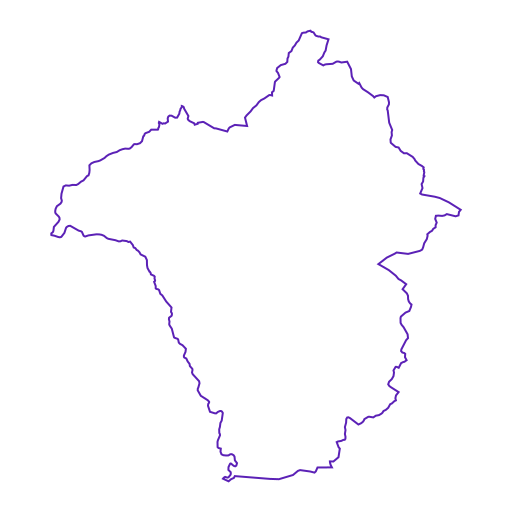 outline of Dak Song, Đắk Nông, Vietnam
{"feature_id": "81297802B66581332316021", "entity_name": "Dak Song", "entity_type": "district", "adm_level": 2, "iso_a3": "VNM", "parent_name": "Vietnam", "parent_adm1": "Đắk Nông", "projection": "orthographic", "projection_center": [107.617, 12.233], "detail": "fine", "context": "isolated", "style": "outline", "palette": "violet", "viewbox_px": 512, "rotation_deg": 0, "n_neighbors": 0, "source": "geoboundaries", "source_scale": "gbopen_adm2", "svg_char_len": 6002}
<svg xmlns="http://www.w3.org/2000/svg" viewBox="0 0 512 512"><path d="M458.5,215.4L459.0,211.9L460.7,209.8L448.8,202.3L439.7,198.0L434.7,196.7L422.0,194.5L420.2,193.5L422.5,188.1L421.6,184.1L423.1,181.5L423.4,177.8L424.4,176.2L423.6,175.8L424.3,172.2L423.9,171.3L424.0,169.8L423.3,168.9L423.7,167.4L421.8,165.9L418.4,164.0L415.2,160.5L414.6,159.2L412.7,156.9L406.8,153.2L404.0,153.3L400.7,150.9L398.6,147.5L395.6,146.9L390.9,142.9L390.7,142.4L390.5,139.4L391.9,135.5L391.6,132.1L392.2,130.0L389.2,122.7L387.7,110.4L387.2,109.5L387.3,107.5L388.9,104.4L389.0,102.3L387.7,97.0L383.8,95.3L380.2,95.1L376.0,96.2L374.3,97.5L373.1,96.1L368.0,92.3L363.0,89.1L361.6,87.6L359.2,83.0L358.5,83.8L353.7,80.5L351.8,76.4L351.0,69.1L347.2,61.7L341.4,62.5L338.8,61.6L337.1,61.5L336.1,61.8L332.7,63.8L326.0,64.3L324.5,64.7L323.3,65.4L318.7,62.9L318.0,62.1L318.3,60.6L319.8,59.6L322.8,56.3L324.4,52.4L325.6,50.6L326.6,45.3L328.5,39.3L321.3,37.3L320.1,36.5L318.3,36.5L316.1,35.8L315.4,35.3L313.6,32.5L312.5,32.0L311.4,31.9L310.5,30.7L307.5,31.4L305.9,32.5L303.3,32.7L301.9,33.2L298.7,40.5L296.5,42.6L294.8,45.5L292.8,47.6L291.4,51.1L288.8,53.0L288.4,56.7L287.5,58.5L287.3,61.9L285.4,63.8L280.8,65.1L277.2,68.0L276.5,70.3L276.5,71.1L278.0,72.9L279.6,77.0L279.0,77.9L275.1,81.6L274.9,82.2L273.8,90.2L273.6,91.0L272.0,92.3L272.1,95.5L270.1,95.0L269.2,95.1L264.3,98.5L261.1,100.1L258.8,102.1L256.4,105.4L253.0,108.1L250.6,111.4L246.6,115.4L245.0,117.6L247.1,126.0L234.8,124.9L229.7,127.4L228.8,128.4L227.3,131.5L216.0,128.4L214.2,128.3L203.8,122.1L202.9,121.9L197.8,122.8L197.7,123.8L194.7,124.7L194.2,123.3L189.6,121.1L188.0,119.6L187.7,118.7L188.4,116.0L184.2,108.8L183.7,107.1L182.7,106.3L181.8,106.0L181.8,107.1L180.5,108.9L180.2,110.4L179.6,111.6L179.3,113.7L177.1,117.6L175.2,117.7L171.6,115.7L169.6,115.6L168.3,116.6L167.7,118.3L168.0,121.6L165.1,123.5L163.7,123.3L162.5,123.8L159.1,121.9L158.8,123.0L159.4,124.4L159.3,125.3L158.9,127.2L158.3,128.1L158.1,129.5L157.7,129.7L151.2,129.7L149.2,131.8L145.4,133.2L144.6,134.1L144.1,135.7L143.3,136.3L142.0,141.2L140.0,143.2L137.0,144.2L134.4,144.1L133.8,144.4L131.6,147.1L129.7,148.6L128.3,148.8L125.2,148.6L122.5,149.2L119.7,150.2L116.8,152.0L113.1,152.9L108.8,154.6L106.4,156.2L104.5,158.0L100.3,160.4L98.5,161.1L94.3,162.0L91.4,163.3L89.4,165.3L89.6,170.0L89.3,172.9L88.5,175.4L87.0,176.1L83.5,180.4L81.1,181.6L78.1,184.1L76.3,185.0L72.4,184.9L69.1,185.7L65.8,185.4L63.5,186.5L61.5,193.7L61.1,198.1L61.8,200.6L61.6,201.9L60.5,203.6L56.9,206.2L55.7,208.6L55.3,210.4L55.2,212.1L55.6,213.4L58.8,216.6L59.5,217.9L59.6,219.5L58.5,221.8L53.9,226.9L53.4,230.9L52.8,232.2L51.3,233.4L51.3,234.6L51.4,235.1L54.4,235.7L58.2,237.0L59.9,237.3L61.3,236.9L64.4,232.9L66.0,228.0L66.6,227.1L68.4,226.0L70.2,225.8L78.6,230.6L81.0,231.3L81.9,231.9L83.6,235.7L84.5,236.3L85.2,236.5L88.5,235.4L96.5,234.3L99.3,234.4L101.6,234.8L104.0,235.8L106.8,238.1L108.3,238.8L115.4,240.2L118.8,241.4L120.4,241.3L122.2,240.5L126.8,241.1L128.4,242.0L130.1,241.6L132.8,245.0L133.7,247.5L135.3,248.1L136.7,250.0L137.9,250.6L139.5,252.3L140.6,254.4L145.3,256.7L146.9,260.1L147.0,265.2L147.5,268.0L149.5,271.7L149.8,271.7L150.6,272.9L150.9,274.4L154.0,275.8L154.7,276.6L154.5,278.4L155.1,280.4L155.0,281.0L154.1,281.8L155.7,286.0L155.7,288.3L156.3,288.9L158.3,289.4L159.1,290.1L160.3,293.8L162.3,295.4L166.2,301.5L171.5,307.5L171.0,311.9L171.9,313.3L171.9,314.9L171.5,315.9L169.1,317.7L168.9,319.2L169.5,321.5L169.2,324.2L169.6,325.4L171.8,328.7L174.0,337.2L174.4,337.7L177.7,338.9L178.2,339.7L178.8,342.6L179.9,343.8L182.5,345.2L185.9,348.8L185.5,351.9L183.9,355.5L183.9,356.9L184.4,357.6L186.3,358.5L187.7,361.5L189.5,363.8L189.9,366.1L192.3,368.8L192.5,370.0L192.0,372.5L192.7,374.2L199.1,381.2L199.5,383.3L198.3,387.6L197.8,388.6L197.7,390.3L200.8,395.8L207.7,400.2L209.1,401.7L209.1,402.6L208.2,404.0L208.0,405.8L210.0,411.8L214.8,413.3L216.1,413.4L217.9,411.9L220.0,411.0L221.0,411.0L222.0,411.6L222.8,413.0L221.7,420.6L220.4,423.0L219.9,427.0L219.2,429.3L219.3,433.0L219.9,434.1L220.0,435.3L217.9,440.3L217.5,441.9L217.6,447.1L218.5,448.0L220.8,448.6L220.5,451.7L221.5,454.3L223.3,455.2L226.2,455.5L228.5,455.4L230.2,454.3L230.9,454.2L231.8,454.2L233.6,455.2L234.5,456.6L234.9,460.4L237.0,463.1L236.3,465.6L235.3,466.3L234.2,466.1L232.9,465.2L231.1,463.6L230.4,463.5L230.0,463.9L228.5,467.1L228.4,469.9L230.7,472.2L230.8,473.9L230.5,474.8L228.5,477.3L227.3,477.6L225.1,476.9L223.8,477.7L223.0,478.7L228.6,481.3L230.9,479.3L233.9,477.9L234.8,476.1L269.9,478.9L278.9,479.2L293.0,475.0L297.9,470.9L300.1,470.1L310.2,471.5L314.5,472.6L315.8,471.4L317.5,467.5L331.9,467.4L330.7,465.1L330.0,462.7L329.9,461.4L333.4,461.5L338.5,457.2L339.8,448.6L338.6,447.2L336.7,442.1L337.9,441.5L341.3,440.9L343.3,439.9L344.7,439.8L345.4,438.8L345.5,436.8L344.9,434.0L345.5,430.1L344.9,427.1L346.1,422.7L346.3,419.0L347.2,417.5L348.4,417.3L350.0,418.1L358.4,424.5L361.0,423.3L362.7,422.0L363.8,420.6L364.4,419.1L368.1,416.9L369.0,416.7L373.3,417.4L375.8,415.7L379.0,415.1L381.5,413.6L382.4,412.8L383.5,411.0L385.8,409.9L388.2,407.8L390.2,404.2L391.8,403.5L394.4,401.1L395.9,400.4L395.4,398.2L396.0,395.4L398.6,392.1L390.9,387.2L389.3,386.0L388.2,384.3L389.1,381.7L391.8,379.1L393.5,376.1L394.0,372.5L393.5,370.4L395.6,366.9L396.8,366.9L398.7,367.8L401.1,363.1L403.3,362.0L404.4,361.8L406.6,360.2L405.0,357.2L405.2,353.8L404.2,353.0L402.3,352.5L401.1,351.0L401.4,349.3L406.1,340.2L408.0,338.1L407.6,334.3L403.6,327.2L401.6,324.8L400.6,322.9L400.5,318.1L400.9,316.6L405.5,312.6L409.3,311.0L411.0,306.9L411.5,304.5L410.2,303.5L408.8,301.5L408.1,299.1L408.0,295.8L406.9,293.4L402.6,289.2L406.2,284.2L401.1,280.4L398.5,279.0L395.8,275.7L388.8,270.1L378.4,264.1L386.8,257.6L394.7,253.7L396.6,252.5L408.1,253.9L419.8,250.9L421.7,249.9L422.2,249.5L423.1,247.4L424.2,243.3L426.8,239.1L427.6,235.8L427.3,234.3L429.9,232.0L432.0,230.8L433.3,228.8L435.6,227.3L435.6,225.2L436.7,222.6L435.2,218.9L435.9,215.8L438.4,215.6L442.2,215.9L444.6,215.4L446.8,214.1L455.6,216.3L458.5,215.4Z" fill="none" stroke="#5b21b6" stroke-width="2"/></svg>